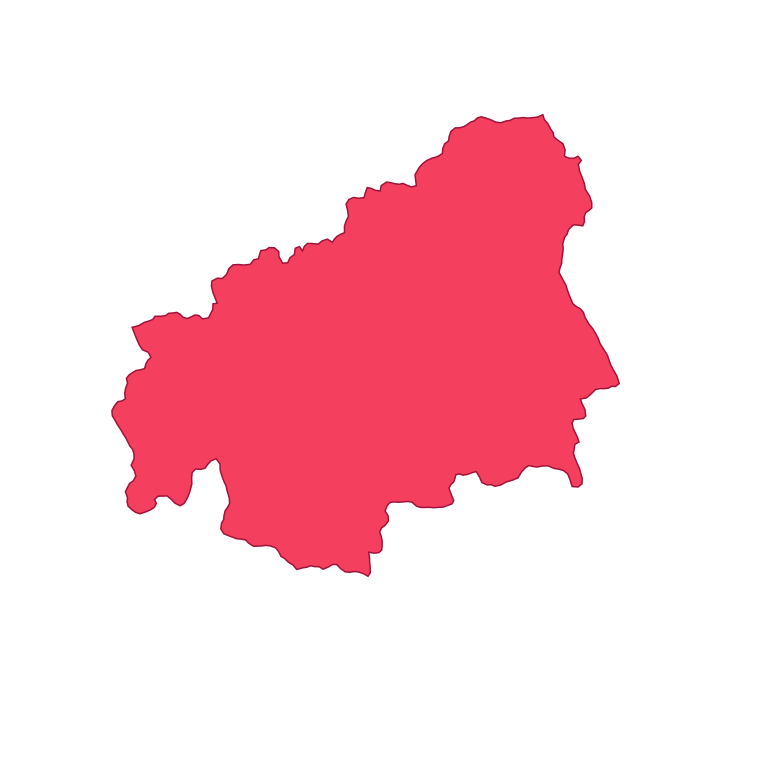 outline of Piumhi, Minas Gerais, Brazil, rotated 330°
{"feature_id": "56859067B73067757776570", "entity_name": "Piumhi", "entity_type": "district", "adm_level": 2, "iso_a3": "BRA", "parent_name": "Brazil", "parent_adm1": "Minas Gerais", "projection": "natural_earth1", "projection_center": [-46.063, -20.459], "detail": "fine", "context": "isolated", "style": "filled", "palette": "rose", "viewbox_px": 768, "rotation_deg": 330, "n_neighbors": 0, "source": "geoboundaries", "source_scale": "gbopen_adm2", "svg_char_len": 4911}
<svg xmlns="http://www.w3.org/2000/svg" viewBox="0 0 768 768"><g transform="rotate(330 384 384)"><path d="M357.2,211.3L352.8,208.4L348.8,208.8L344.1,206.9L340.9,209.7L337.8,212.8L333.3,211.3L328.1,213.5L322.1,210.9L317.6,207.7L312.8,205.3L307.3,206.6L302.5,210.4L296.6,211.8L292.6,209.0L286.4,208.8L283.4,213.1L281.6,219.4L280.9,224.1L279.9,230.6L276.0,229.1L272.9,233.9L269.1,236.3L265.1,239.0L259.4,236.9L257.9,232.2L254.9,229.7L251.0,229.5L246.3,228.9L243.3,225.7L242.4,221.7L240.2,218.3L236.6,216.9L232.8,215.1L229.1,215.6L224.7,213.8L219.6,210.9L215.8,212.5L211.5,211.8L207.4,210.8L200.7,210.8L194.2,209.0L192.8,217.8L192.0,223.9L191.6,228.4L191.9,233.6L195.6,238.5L195.5,244.4L191.5,245.3L188.1,247.3L184.3,251.0L179.7,249.7L175.9,248.3L172.1,248.4L167.9,248.7L163.9,250.2L162.1,255.4L158.3,258.3L154.8,262.4L152.6,267.6L148.6,267.6L144.6,266.2L139.9,268.0L135.1,271.0L132.8,275.7L133.0,280.6L132.8,285.2L133.2,291.7L133.2,297.1L133.4,301.8L133.2,306.2L132.9,310.6L133.6,314.8L132.6,319.3L130.1,323.9L124.4,327.9L124.4,334.7L123.1,339.6L118.6,342.4L113.9,343.0L110.0,345.4L106.2,348.0L105.0,354.2L102.5,357.8L101.3,361.7L102.9,367.1L104.8,371.1L108.0,374.5L113.7,375.6L119.0,376.3L123.6,375.9L127.1,373.6L127.6,369.3L132.3,368.2L135.9,370.2L140.2,372.5L142.1,377.4L143.3,382.5L146.5,387.5L151.1,387.5L154.9,385.5L158.3,383.2L162.7,379.5L167.6,374.5L170.6,368.9L173.6,364.8L178.4,363.4L182.2,366.1L186.8,367.5L191.1,365.5L195.7,364.1L201.2,364.6L202.0,371.3L199.1,376.6L197.6,382.6L196.6,389.0L196.3,393.2L194.7,398.4L193.0,405.5L190.4,410.4L186.4,412.8L183.0,414.4L179.9,417.7L177.1,421.5L173.7,423.3L170.2,427.9L170.5,433.7L172.9,436.8L175.7,440.3L178.8,444.1L182.6,446.8L186.2,449.9L187.2,454.0L189.9,459.4L193.6,461.2L197.0,463.0L200.8,464.6L204.6,467.3L208.3,471.8L209.0,477.1L208.6,481.7L210.7,485.5L212.0,490.4L214.6,495.0L215.7,501.0L221.5,502.5L225.7,504.1L229.7,504.8L232.9,507.7L236.5,509.8L238.6,513.9L243.7,514.6L249.4,514.6L252.8,516.8L254.2,522.4L256.4,527.2L260.0,529.8L264.8,531.7L268.2,534.3L271.7,538.4L274.0,542.5L277.7,540.6L280.8,535.0L282.7,530.7L285.1,526.2L286.6,522.0L290.8,525.5L295.2,527.5L298.9,526.7L301.5,523.1L303.8,519.2L305.5,514.3L306.2,510.1L309.7,507.5L314.5,506.9L319.3,504.8L321.6,500.4L321.5,494.5L325.9,490.9L330.4,489.6L333.9,491.3L337.9,493.9L342.6,496.1L345.8,497.6L349.1,500.2L350.9,505.7L353.8,509.1L357.8,511.4L361.9,513.6L365.4,516.1L369.7,518.1L373.6,520.2L377.9,520.9L382.8,521.8L386.1,519.9L387.0,513.4L388.1,506.7L392.0,504.4L395.4,503.7L398.3,501.2L400.9,498.5L404.3,499.5L406.9,502.5L411.3,504.1L415.1,504.6L420.1,506.0L420.2,512.3L419.5,518.3L422.7,522.8L426.5,524.8L428.9,528.0L434.3,529.8L441.1,530.0L447.5,531.6L453.1,532.3L458.9,529.0L464.7,527.2L468.8,527.1L471.5,529.7L475.1,532.5L480.0,534.1L485.3,537.0L488.9,542.0L492.7,545.1L496.1,548.5L498.1,553.7L497.3,559.6L495.7,566.9L500.5,570.2L505.5,569.5L508.5,564.7L510.2,558.3L511.1,554.2L511.5,549.5L512.3,543.8L513.4,538.9L515.9,535.7L519.1,531.7L523.9,531.7L525.0,526.2L525.2,521.9L525.7,517.0L527.2,512.1L530.5,509.6L534.8,511.6L539.4,513.6L542.8,512.5L545.3,506.4L545.7,499.7L546.6,495.2L552.1,497.2L557.8,496.3L564.4,494.5L569.0,496.1L572.3,498.1L576.0,499.7L580.2,499.9L583.2,501.9L588.0,501.1L589.7,493.4L589.7,486.4L589.9,480.7L590.8,476.1L591.8,470.9L591.6,463.4L591.3,457.1L592.4,451.2L592.5,441.1L591.4,434.1L591.4,426.9L592.5,421.5L591.7,417.1L589.4,413.4L587.7,408.8L588.6,401.6L589.6,395.2L590.9,389.6L591.1,382.6L591.3,374.9L594.5,371.4L598.3,368.2L600.4,364.8L603.1,361.4L606.6,356.8L608.9,352.0L613.5,347.5L617.5,345.7L621.1,342.5L627.6,340.8L631.8,343.7L635.2,346.4L638.7,343.7L641.0,339.2L644.6,336.4L648.3,336.2L652.0,335.4L654.6,330.8L656.0,323.9L655.7,316.1L657.7,310.8L658.7,305.0L659.8,297.7L662.1,291.0L666.7,289.0L665.9,283.8L661.4,283.5L657.3,281.1L654.1,277.0L657.8,272.0L659.1,265.5L656.4,259.7L654.7,255.2L656.2,250.7L655.8,246.6L656.1,240.6L655.1,235.1L656.2,230.2L650.4,229.6L645.6,227.5L641.4,225.5L637.3,222.6L632.9,220.7L629.7,219.0L624.9,218.7L621.1,217.2L615.8,216.2L611.8,213.1L609.0,209.2L605.3,204.7L601.8,201.2L598.0,200.3L593.8,201.2L589.9,200.5L586.0,200.9L582.0,201.0L578.0,200.1L573.7,197.8L568.2,198.7L564.1,202.3L561.5,205.7L556.6,206.3L552.6,209.5L549.8,213.6L544.0,213.8L538.3,212.4L532.6,211.8L527.5,212.5L522.5,214.2L518.6,216.5L515.5,218.3L513.8,222.1L511.2,228.4L506.3,227.1L503.2,223.2L500.6,219.7L497.2,218.7L493.7,216.1L490.5,213.1L487.3,210.4L480.8,210.8L477.2,214.9L473.2,211.9L471.0,208.4L467.7,205.5L463.5,209.0L459.9,212.6L454.8,210.4L450.9,207.2L445.9,206.6L441.1,209.2L439.4,215.2L437.0,221.0L432.4,224.1L428.7,227.5L425.4,233.2L420.8,232.6L416.8,232.7L413.4,233.8L410.2,235.4L407.3,230.2L402.0,229.1L397.1,230.0L392.0,226.4L388.0,224.0L383.8,225.0L380.0,227.9L379.4,222.7L375.0,222.1L371.0,227.1L365.8,227.6L361.1,230.9L356.6,228.6L356.7,221.2L359.1,216.7L357.2,211.3Z" fill="#f43f5e" stroke="#9f1239" stroke-width="1.5"/></g></svg>